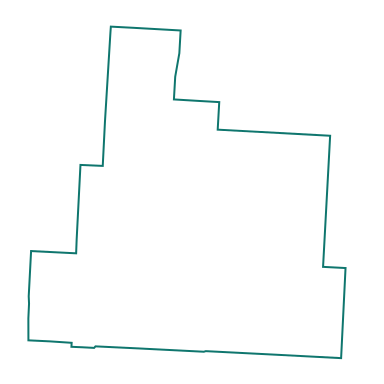 Lincoln, New Mexico, United States of America, rotated 93°
{"feature_id": "52423323B6872009723033", "entity_name": "Lincoln", "entity_type": "district", "adm_level": 2, "iso_a3": "USA", "parent_name": "United States of America", "parent_adm1": "New Mexico", "projection": "albers", "projection_center": [-105.442, 33.739], "detail": "fine", "context": "isolated", "style": "outline", "palette": "teal", "viewbox_px": 384, "rotation_deg": 93, "n_neighbors": 0, "source": "geoboundaries", "source_scale": "gbopen_adm2", "svg_char_len": 598}
<svg xmlns="http://www.w3.org/2000/svg" viewBox="0 0 384 384"><g transform="rotate(93 192 192)"><path d="M350.1,34.4L259.9,34.7L259.9,57.2L128.6,57.0L128.4,169.6L100.8,169.5L100.7,189.5L100.5,214.9L77.8,214.8L54.1,211.9L31.3,211.8L31.1,258.6L31.1,281.7L36.7,281.8L126.3,282.6L169.1,282.5L170.6,282.5L170.8,304.8L245.3,304.7L259.3,304.5L259.4,349.6L304.7,349.6L312.0,348.9L326.8,348.8L348.7,347.6L348.6,326.3L348.9,304.3L352.9,304.3L352.8,293.5L352.8,281.6L351.2,280.3L351.0,236.7L351.0,229.4L350.9,171.8L350.2,169.9L350.1,101.4L350.1,34.4Z" fill="none" stroke="#0f766e" stroke-width="2"/></g></svg>